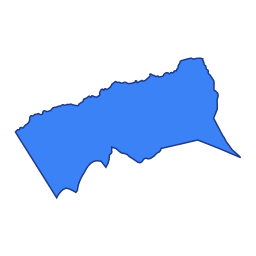 the district of La Encarnacion, Ocotepeque, Honduras
{"feature_id": "27666195B87189366820588", "entity_name": "La Encarnacion", "entity_type": "district", "adm_level": 2, "iso_a3": "HND", "parent_name": "Honduras", "parent_adm1": "Ocotepeque", "projection": "natural_earth1", "projection_center": [-89.053, 14.662], "detail": "fine", "context": "isolated", "style": "filled", "palette": "blue", "viewbox_px": 256, "rotation_deg": 0, "n_neighbors": 0, "source": "geoboundaries", "source_scale": "gbopen_adm2", "svg_char_len": 5641}
<svg xmlns="http://www.w3.org/2000/svg" viewBox="0 0 256 256"><path d="M202.8,58.8L201.0,58.4L200.1,58.2L199.4,58.2L196.4,58.4L194.3,58.9L193.3,59.0L192.9,58.9L192.5,58.8L191.5,58.2L191.2,58.2L190.8,58.2L188.0,58.8L183.7,60.0L182.2,60.4L180.9,60.9L180.5,61.2L180.3,61.4L180.2,61.7L179.9,62.6L179.7,63.3L179.2,64.1L178.5,65.2L178.2,65.9L178.1,66.2L178.1,66.5L178.2,67.4L178.1,67.9L177.9,68.2L177.4,68.6L177.0,69.1L176.7,69.6L176.5,70.4L176.4,70.7L176.1,70.9L175.8,71.0L175.1,70.8L174.9,70.8L174.6,70.9L174.3,71.0L174.1,71.2L173.9,71.6L173.7,72.2L173.5,72.5L173.3,72.6L173.0,72.7L172.6,72.8L171.7,72.5L171.0,72.6L170.5,72.8L169.8,73.5L169.4,73.7L169.0,73.7L168.7,73.6L168.5,73.4L168.1,72.9L167.7,72.7L166.8,72.7L165.9,72.9L165.0,73.4L164.5,73.8L164.1,74.1L163.7,74.7L163.4,75.6L163.1,75.9L162.5,76.3L161.7,76.5L160.2,76.8L159.1,76.9L158.8,76.7L158.4,76.4L158.1,76.2L157.8,76.1L157.6,76.0L157.1,76.1L156.6,76.4L156.3,76.6L155.9,76.6L155.6,76.5L155.3,76.3L154.8,75.8L154.5,75.6L153.9,75.4L153.1,75.4L152.9,75.4L152.5,75.2L151.9,74.6L151.4,74.3L150.9,74.1L150.4,74.0L150.1,74.1L149.9,74.3L149.9,74.5L149.9,74.8L150.1,75.3L150.1,75.7L150.0,76.1L149.8,76.4L146.1,79.7L145.3,80.4L144.2,80.9L143.3,81.1L143.1,81.1L142.8,81.0L142.3,80.5L142.1,80.5L141.8,80.5L139.8,81.4L138.2,82.3L137.5,82.6L137.1,82.6L136.8,82.3L136.7,82.0L136.7,81.5L136.6,81.1L136.4,80.9L136.0,80.7L135.7,80.8L135.4,81.0L135.2,81.4L135.2,81.9L135.1,82.1L134.9,82.3L134.7,82.4L133.4,82.8L131.9,83.2L129.8,83.5L128.7,83.6L128.2,83.6L127.7,83.4L127.2,83.2L126.4,82.7L125.8,82.4L125.3,82.3L124.7,82.3L124.2,82.4L123.7,82.5L122.8,83.0L122.3,83.1L121.8,83.2L121.4,83.1L120.9,83.0L120.0,82.5L119.4,82.3L118.9,82.3L117.8,82.4L117.2,82.4L116.7,82.2L115.9,81.6L115.7,81.6L115.3,81.6L114.9,81.9L112.0,84.2L111.7,84.5L111.5,85.2L111.3,85.7L110.8,86.4L110.0,87.3L109.1,88.1L108.4,88.6L107.7,89.1L107.1,89.4L106.7,89.4L106.4,89.3L106.0,89.0L105.7,88.8L105.3,88.7L105.0,88.7L104.7,88.9L104.5,89.1L104.3,89.3L104.2,89.7L104.0,89.9L103.9,90.1L103.6,90.1L103.4,90.1L103.2,90.0L103.0,89.8L102.9,89.4L102.5,89.2L102.3,89.2L101.9,89.2L101.6,89.4L101.3,89.5L101.1,89.8L100.5,90.8L100.1,91.5L99.8,92.4L99.6,92.9L99.6,93.6L99.6,94.1L99.7,94.7L99.7,95.0L99.6,95.4L99.3,95.7L99.0,95.9L98.5,96.0L98.1,96.1L97.7,96.4L97.3,96.9L97.1,97.0L96.9,97.1L95.6,96.9L94.8,96.8L94.0,96.5L92.9,96.0L92.4,95.9L92.1,95.8L91.7,95.9L91.5,96.1L91.4,96.3L91.3,96.7L91.2,96.9L91.1,97.1L90.8,97.2L90.5,97.3L90.3,97.2L90.1,97.0L89.8,96.5L89.5,96.3L89.2,96.2L88.9,96.2L88.3,96.6L87.3,97.5L86.6,98.0L85.8,98.4L84.6,98.7L84.2,98.9L83.9,99.2L83.6,99.5L83.4,99.8L83.3,100.2L83.3,100.9L83.2,101.2L83.0,101.4L82.8,101.6L79.3,103.8L79.0,104.1L78.9,104.8L78.7,105.0L78.2,105.4L77.7,105.6L76.8,105.6L76.1,105.5L75.0,105.4L73.1,104.9L72.4,104.7L71.6,104.3L70.9,104.1L70.5,104.2L69.5,104.4L68.9,104.5L66.9,104.5L66.5,104.6L65.8,105.0L65.0,105.2L64.4,105.2L63.7,104.9L63.3,104.8L63.0,104.8L62.6,104.8L62.0,105.0L61.2,105.7L60.6,106.0L60.0,106.1L59.1,106.1L58.7,106.2L58.1,106.4L56.9,106.9L56.3,107.2L55.6,107.3L54.2,107.4L53.3,107.7L52.8,107.9L52.5,108.2L52.2,108.6L51.6,109.5L51.0,110.1L50.1,110.7L48.9,111.2L47.6,111.5L46.9,111.6L46.3,111.4L45.5,111.0L45.0,110.9L44.4,110.8L43.8,110.9L43.3,111.3L43.1,111.5L43.0,111.8L42.8,112.3L42.8,113.2L42.6,113.8L42.2,114.2L41.8,114.4L40.8,114.6L40.5,114.6L40.1,114.5L39.5,114.3L38.8,113.7L38.5,113.6L38.3,113.6L37.8,113.7L37.2,114.1L36.6,114.3L36.0,114.4L35.2,114.3L34.7,114.4L34.4,114.7L34.0,115.2L33.7,115.6L33.4,115.8L33.0,115.9L32.7,116.0L32.3,116.0L31.6,115.8L31.3,115.8L31.0,115.8L30.7,115.9L30.3,116.3L30.0,116.8L29.8,117.4L29.8,118.6L29.7,119.5L29.4,120.9L29.2,121.5L28.9,122.0L28.6,122.5L28.2,122.9L27.2,123.9L25.7,124.9L25.1,125.4L24.6,126.0L23.7,127.2L23.3,127.7L22.9,127.9L22.5,127.9L22.1,127.9L21.6,127.6L21.3,127.5L20.9,127.5L20.5,127.7L20.1,127.9L19.9,128.3L19.8,128.6L19.7,129.2L19.6,129.4L19.5,129.6L19.2,129.7L19.0,129.8L18.0,129.7L17.8,129.7L17.5,129.8L17.0,130.3L16.1,131.3L15.4,132.0L56.7,197.8L57.7,195.7L59.1,193.6L60.2,192.3L62.6,189.8L65.8,188.2L68.6,188.7L71.4,189.9L73.7,191.1L75.9,192.4L76.6,191.5L77.4,190.2L77.6,188.7L78.0,186.2L78.7,183.8L79.6,181.4L80.2,179.9L81.2,177.7L82.7,175.0L84.4,172.3L85.9,169.4L87.5,166.9L88.7,165.3L90.8,163.3L93.8,161.3L96.6,160.8L98.9,160.9L101.2,161.3L105.9,167.3L108.1,163.0L108.5,161.4L109.1,159.5L109.2,157.8L109.3,156.2L109.6,154.8L110.5,154.0L111.6,152.9L111.8,151.7L111.6,150.3L111.8,147.1L112.7,147.6L114.6,148.0L115.9,148.5L117.1,149.4L118.8,151.0L120.7,152.5L122.5,153.2L125.4,153.7L127.4,154.7L129.5,156.7L133.0,158.9L138.1,162.4L140.1,162.7L141.7,161.9L142.3,161.1L143.1,160.1L144.4,158.6L146.0,158.2L147.4,158.7L149.1,158.8L150.9,158.2L152.2,157.3L153.4,156.6L154.5,155.6L155.8,154.2L157.0,153.0L159.0,152.1L160.5,150.5L161.0,148.5L197.7,140.0L220.0,148.8L240.6,157.6L239.6,156.5L238.8,155.7L234.8,152.1L232.1,149.7L231.6,149.1L229.3,145.8L226.4,141.9L226.0,141.2L224.9,139.1L224.1,137.5L222.5,135.3L213.6,118.2L215.1,114.5L216.9,110.1L217.2,109.2L217.3,107.4L217.3,105.0L217.1,101.6L217.1,100.5L217.2,99.7L217.3,98.9L217.8,97.3L218.0,96.5L218.1,95.5L218.0,94.5L217.7,93.4L217.5,93.1L217.3,92.8L215.6,91.1L214.9,90.5L214.2,90.1L214.0,89.9L213.9,89.6L213.9,89.1L214.0,86.5L214.0,82.0L214.0,81.6L213.9,81.2L213.6,80.6L213.2,79.8L210.0,75.0L209.6,74.6L208.8,74.0L208.3,73.4L208.2,73.0L208.1,72.7L208.1,72.4L208.3,71.9L208.3,71.5L208.3,71.1L208.2,70.7L208.0,70.4L207.7,70.1L207.4,69.8L206.8,69.5L206.4,69.1L206.2,68.8L206.1,68.3L206.0,68.0L206.0,67.1L205.9,66.7L205.8,66.3L205.4,65.7L204.5,65.1L204.3,64.6L204.1,64.1L203.9,62.8L203.6,62.0L203.2,60.9L202.5,59.8L202.8,58.8Z" fill="#3b82f6" stroke="#1e3a8a" stroke-width="1.5"/></svg>